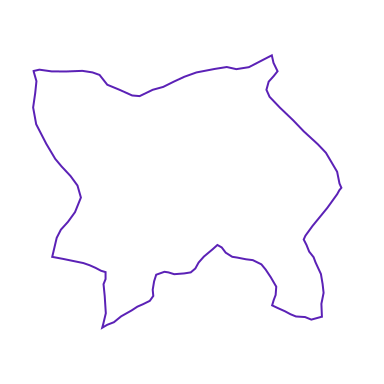 outline of Upplands Väsby, Stockholm, Sweden, rotated 351°
{"feature_id": "70781695B23311697219676", "entity_name": "Upplands Väsby", "entity_type": "district", "adm_level": 2, "iso_a3": "SWE", "parent_name": "Sweden", "parent_adm1": "Stockholm", "projection": "albers", "projection_center": [17.909, 59.524], "detail": "fine", "context": "isolated", "style": "outline", "palette": "violet", "viewbox_px": 384, "rotation_deg": 351, "n_neighbors": 0, "source": "geoboundaries", "source_scale": "gbopen_adm2", "svg_char_len": 1553}
<svg xmlns="http://www.w3.org/2000/svg" viewBox="0 0 384 384"><g transform="rotate(351 192 192)"><path d="M43.8,234.2L53.9,237.8L73.6,245.2L79.4,248.3L84.8,251.8L89.9,255.6L94.1,257.6L93.0,264.5L90.2,269.2L89.5,281.2L87.9,298.3L83.6,308.7L82.1,312.0L87.5,309.9L94.5,308.4L102.6,303.7L113.9,299.5L120.1,296.7L125.9,295.2L133.3,292.9L137.5,288.6L137.9,282.4L140.6,274.3L143.7,268.1L152.3,266.5L156.1,267.7L161.6,270.4L171.6,271.2L178.2,271.2L183.3,268.1L187.5,262.7L193.7,257.6L203.4,251.8L208.8,248.3L212.7,251.4L215.8,257.2L221.6,262.3L226.3,263.8L234.8,266.9L241.4,268.8L249.2,274.3L252.6,280.1L256.5,288.6L260.4,298.7L258.5,306.8L255.8,311.5L253.4,316.5L258.5,320.0L265.1,324.3L270.1,328.1L275.2,331.2L284.1,333.2L289.9,336.7L300.7,335.5L300.8,335.5L302.3,322.7L306.2,312.2L306.6,303.3L306.5,293.2L303.0,280.8L301.9,275.4L298.4,269.2L296.8,262.2L294.9,256.4L297.2,252.9L305.7,244.4L323.1,228.9L335.1,216.8L337.8,213.3L340.2,211.2L339.0,206.7L338.5,194.7L330.4,174.2L323.8,164.6L311.8,149.5L303.2,137.1L292.0,122.4L283.5,110.1L281.5,102.7L285.0,95.0L290.8,90.3L295.4,86.1L292.7,77.2L292.2,69.5L284.0,72.2L267.7,77.6L255.0,77.6L245.9,74.0L233.8,74.0L215.1,74.6L202.4,77.0L191.5,80.1L180.0,83.7L169.2,84.9L155.3,89.1L148.0,87.3L135.9,79.4L125.1,72.8L119.0,61.9L112.4,58.3L102.7,55.2L87.6,53.4L72.5,51.0L60.4,47.3L54.5,47.7L54.5,48.5L55.7,58.2L52.6,69.8L48.3,83.7L48.7,100.7L55.6,121.6L62.1,137.9L67.2,146.4L74.5,157.2L79.9,167.7L81.4,180.1L73.3,193.6L64.8,202.1L56.6,208.7L51.2,216.1L43.8,234.2Z" fill="none" stroke="#5b21b6" stroke-width="2"/></g></svg>